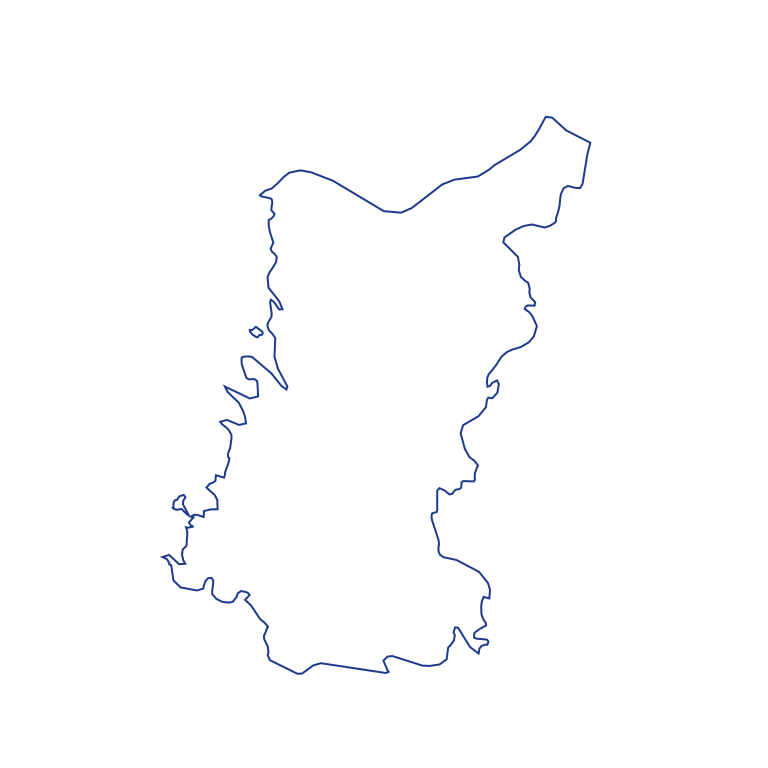 map outline of Satakunta (Albers equal-area conic projection), rotated 16°
{"feature_id": "FIN-3192", "entity_name": "Satakunta", "entity_type": "Region", "adm_level": 1, "iso_a3": "FIN", "parent_name": "Finland", "parent_adm1": "", "projection": "albers", "projection_center": [22.046, 61.595], "detail": "fine", "context": "isolated", "style": "outline", "palette": "blue", "viewbox_px": 768, "rotation_deg": 16, "n_neighbors": 0, "source": "natural_earth", "source_scale": "10m", "svg_char_len": 4446}
<svg xmlns="http://www.w3.org/2000/svg" viewBox="0 0 768 768"><g transform="rotate(16 384 384)"><path d="M227.2,616.5L227.1,615.4L223.7,612.3L218.7,611.4L224.6,607.5L236.6,613.7L242.5,611.6L239.6,608.7L236.9,603.8L236.1,598.5L238.7,594.1L236.6,583.8L235.3,579.5L233.1,576.3L235.2,576.2L240.3,573.5L238.8,573.5L237.4,573.2L236.0,572.2L234.7,570.8L237.6,564.7L234.8,564.7L237.5,562.1L240.6,561.3L247.3,561.6L246.4,557.4L245.9,555.8L252.1,552.2L258.6,550.3L255.7,541.4L251.7,537.3L241.9,532.5L243.9,528.1L246.7,526.0L248.6,523.6L247.6,518.0L256.0,518.1L256.1,514.9L255.6,512.6L256.1,504.9L256.2,500.6L255.7,498.0L254.1,496.9L253.4,494.8L253.3,492.2L253.7,488.3L253.5,486.1L252.2,477.4L251.1,474.7L248.0,471.5L245.3,469.7L239.6,467.4L237.0,465.5L242.9,461.8L255.9,463.3L262.2,459.9L259.3,453.6L256.1,448.9L249.7,442.1L235.8,434.7L231.8,430.3L259.0,434.9L266.4,430.6L262.2,418.3L261.1,416.0L258.1,415.0L252.7,416.8L249.9,415.9L241.8,404.2L240.2,399.5L239.9,397.6L241.2,396.7L244.4,395.3L249.6,394.3L272.9,404.9L285.8,414.0L291.7,416.2L291.8,413.0L278.0,398.7L271.2,388.0L266.8,369.8L263.0,366.6L258.8,364.3L255.9,360.4L255.6,356.9L257.3,350.7L256.7,347.5L252.0,336.9L252.1,334.2L255.8,335.6L262.6,341.2L265.8,340.1L260.5,333.4L246.4,323.2L242.6,313.5L243.2,308.3L245.1,302.5L246.6,296.8L246.0,291.6L243.3,289.2L239.9,287.8L237.7,285.1L238.7,278.6L232.6,269.6L229.6,263.7L227.9,258.1L229.8,256.5L231.5,253.6L231.9,250.7L227.8,248.0L227.1,244.6L226.7,240.6L225.3,237.5L223.5,236.9L214.4,237.4L212.6,236.7L216.7,230.8L222.3,226.9L226.6,220.2L230.4,212.8L234.7,207.0L244.7,201.7L255.5,200.6L278.9,202.7L336.1,217.9L353.2,214.6L362.2,207.2L385.0,176.1L395.3,168.2L417.0,158.7L426.0,148.9L429.7,143.4L450.4,121.3L457.9,110.6L460.5,104.3L462.9,95.9L465.8,82.6L472.2,81.6L489.2,90.0L515.8,95.2L516.2,107.0L519.7,136.9L518.5,141.6L514.0,142.7L506.2,142.9L502.7,146.4L501.7,152.8L502.5,158.6L503.6,164.1L503.9,169.5L503.7,177.2L504.4,180.1L503.8,182.0L499.5,186.6L495.2,189.3L482.2,189.9L474.6,193.7L468.1,199.2L459.4,209.9L459.6,214.9L477.7,224.9L481.2,232.1L482.2,237.5L486.1,243.4L491.5,246.1L494.6,246.9L497.7,252.0L498.5,256.0L501.0,260.3L506.8,263.7L507.1,267.2L500.1,269.0L498.8,270.8L498.7,273.2L503.9,274.9L508.4,278.4L515.0,286.2L514.9,296.9L511.7,304.0L505.3,310.8L498.0,315.4L493.6,319.1L489.4,325.4L486.2,335.9L482.9,343.9L482.0,345.4L481.6,349.4L482.4,353.7L484.2,358.0L486.4,356.7L487.7,353.1L491.7,349.4L494.4,352.4L495.4,361.0L492.0,367.9L488.1,368.3L487.3,370.9L488.4,378.1L483.8,388.8L471.4,401.8L471.2,410.2L479.6,424.1L486.3,430.7L491.9,432.8L496.8,436.4L496.3,439.4L496.0,444.5L496.9,448.8L497.8,450.9L497.1,452.9L486.9,455.5L485.7,457.1L485.9,458.1L486.1,458.8L486.7,462.5L485.3,464.4L483.6,465.0L481.8,466.1L480.7,468.4L479.9,470.7L477.3,472.1L472.0,469.8L466.0,468.8L464.6,471.8L468.8,486.9L469.7,489.5L470.0,492.3L465.8,495.3L466.4,499.0L468.0,502.1L479.5,519.1L480.9,522.5L481.5,526.2L482.4,529.6L484.8,532.6L488.8,534.1L502.1,533.2L527.1,538.4L538.8,546.6L542.7,552.7L544.3,561.1L538.5,561.1L538.0,566.2L538.8,571.2L541.2,578.6L544.9,583.5L547.5,585.3L548.7,588.0L543.8,592.8L540.7,596.6L539.4,598.8L540.6,603.0L543.2,603.3L553.3,601.3L555.4,602.7L555.2,606.1L553.2,606.7L550.2,608.7L548.6,611.9L549.2,617.0L539.3,613.2L522.4,597.9L519.4,598.4L519.3,603.6L521.3,605.9L521.9,611.2L519.9,617.0L518.3,619.6L520.1,631.4L514.7,638.3L505.7,642.4L498.6,644.1L467.0,643.2L462.5,645.1L459.7,650.1L466.2,658.1L467.8,659.4L465.4,661.3L400.2,669.8L393.6,674.0L385.1,684.9L380.5,686.4L350.3,680.9L346.9,676.6L346.8,673.4L344.6,668.4L339.1,662.2L337.9,658.7L338.4,657.1L338.7,654.5L338.9,651.5L339.3,649.1L334.6,646.2L329.8,644.2L317.2,633.5L310.0,629.8L312.5,624.7L313.0,623.8L310.9,622.4L308.3,622.0L303.6,622.5L301.0,625.7L301.0,629.1L298.7,635.0L295.5,636.8L288.6,638.0L282.0,636.7L276.9,633.4L275.8,630.1L275.2,625.0L274.1,620.1L271.6,617.9L268.4,619.2L266.7,622.7L266.4,627.6L266.7,630.4L261.3,634.0L244.6,635.6L235.8,630.9L229.5,617.0L227.2,616.5ZM230.5,561.8L232.0,563.4L232.5,564.1L230.9,563.8L223.8,559.9L219.7,562.0L216.2,562.0L215.1,561.3L215.4,561.1L215.7,561.1L215.2,559.4L214.4,555.7L215.1,553.3L216.6,552.8L217.4,551.8L217.3,550.6L218.6,548.1L222.1,545.8L224.4,547.7L223.2,551.4L223.9,555.1L230.5,561.8ZM252.5,367.2L253.0,367.5L253.5,369.3L252.6,370.8L251.1,371.0L250.3,372.2L249.7,373.9L248.3,374.1L243.8,372.7L240.5,370.4L240.1,369.0L242.3,368.6L245.1,364.4L252.5,367.2Z" fill="none" stroke="#1e3a8a" stroke-width="2"/></g></svg>